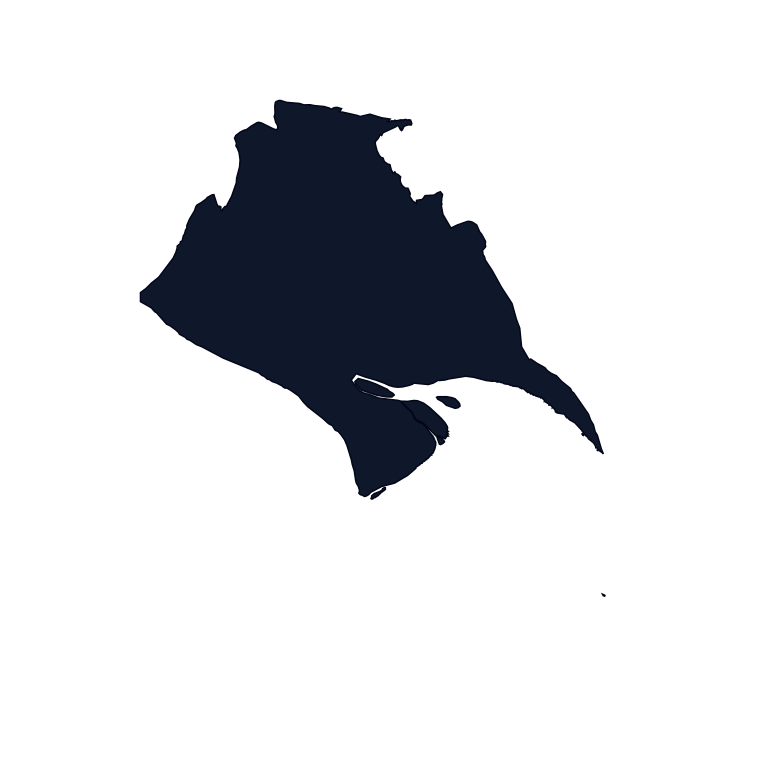 the district of Rokan Hilir, Riau, Indonesia, rotated 148°
{"feature_id": "22746128B71759944188311", "entity_name": "Rokan Hilir", "entity_type": "district", "adm_level": 2, "iso_a3": "IDN", "parent_name": "Indonesia", "parent_adm1": "Riau", "projection": "natural_earth1", "projection_center": [100.629, 2.071], "detail": "fine", "context": "isolated", "style": "filled", "palette": "ink", "viewbox_px": 768, "rotation_deg": 148, "n_neighbors": 0, "source": "geoboundaries", "source_scale": "gbopen_adm2", "svg_char_len": 6171}
<svg xmlns="http://www.w3.org/2000/svg" viewBox="0 0 768 768"><g transform="rotate(148 384 384)"><path d="M542.1,590.6L546.9,582.9L541.0,572.0L540.1,566.7L539.1,564.8L536.7,550.0L534.5,546.6L532.0,540.4L531.0,536.6L531.1,534.6L527.9,529.1L527.3,526.3L525.5,524.0L522.2,516.8L518.8,512.2L506.7,491.3L484.2,459.9L483.0,456.0L481.5,453.9L480.2,449.6L478.9,448.6L477.5,445.3L474.5,441.6L471.3,436.1L471.2,435.0L470.2,433.1L468.5,431.9L466.6,428.4L462.7,419.1L462.0,411.8L460.7,405.2L454.1,387.1L452.1,379.8L449.9,376.1L449.8,370.7L448.0,368.0L447.3,363.7L447.0,357.6L448.0,351.3L451.8,337.1L453.5,332.7L455.3,326.0L459.2,317.1L460.0,314.4L460.0,311.0L460.9,307.5L461.4,306.4L463.2,304.7L462.7,302.6L461.5,301.5L460.2,299.0L458.5,298.4L455.6,298.3L452.6,299.2L440.3,298.3L427.3,294.3L412.2,294.0L401.8,295.6L401.8,296.1L400.5,296.5L396.1,296.6L395.6,297.2L393.7,296.6L393.5,297.3L390.2,297.1L388.7,298.0L388.0,297.2L387.1,298.0L386.1,297.6L382.0,298.9L381.3,298.5L381.2,299.1L378.9,299.6L375.5,301.9L372.5,304.8L371.1,306.9L370.1,313.3L371.8,327.5L372.5,330.1L375.8,335.0L376.6,337.5L375.7,346.0L378.5,355.5L379.0,360.8L380.8,362.7L395.8,374.8L401.8,382.5L406.2,387.4L408.2,391.4L409.1,395.3L409.8,404.6L402.2,407.5L396.2,399.8L388.9,391.7L383.3,384.5L380.3,379.9L377.1,376.4L374.2,374.1L369.8,371.7L364.0,369.7L360.0,368.7L358.3,369.0L346.8,360.1L341.9,358.7L336.0,358.4L335.2,357.6L330.2,355.1L326.0,353.8L310.6,347.3L304.4,342.2L295.4,332.7L290.6,328.8L288.4,327.7L286.9,325.6L286.0,326.2L285.6,324.8L284.7,324.4L283.9,323.0L283.1,322.8L281.9,320.5L278.1,317.2L277.7,316.0L276.1,314.8L276.1,314.2L271.4,310.4L270.6,308.4L269.9,308.1L269.9,307.6L269.4,307.7L269.4,306.9L268.9,306.9L268.0,305.5L267.2,302.4L266.8,302.1L266.9,301.4L266.5,300.9L266.2,301.1L266.4,300.5L265.3,300.2L265.0,298.5L264.5,298.3L264.8,297.8L263.7,297.2L263.4,295.9L262.8,296.0L263.1,295.3L262.3,295.1L261.4,293.0L260.3,292.4L260.0,291.3L259.4,291.4L258.7,290.0L258.2,290.6L258.5,289.1L257.5,288.8L256.6,285.2L257.0,284.6L256.6,284.7L256.8,283.7L254.8,279.6L255.3,278.6L254.1,278.1L253.7,277.0L253.4,275.3L254.0,274.5L253.2,274.4L253.0,273.8L252.7,271.2L253.4,269.4L252.8,268.8L252.6,267.8L247.0,262.8L247.0,258.8L246.4,258.8L245.5,255.1L242.7,249.9L240.8,239.9L241.0,239.2L240.4,238.3L240.6,237.2L242.6,236.7L242.6,236.2L242.2,236.2L242.5,235.4L241.5,235.2L242.1,234.9L242.1,234.7L241.2,235.0L240.9,234.7L240.5,235.1L239.9,234.5L240.3,233.2L239.4,230.8L239.7,229.4L237.5,223.0L237.5,219.5L238.2,217.6L237.1,217.0L237.0,216.4L238.3,214.7L238.0,214.3L237.3,214.5L235.4,210.2L235.0,208.4L234.0,214.1L230.2,227.6L230.2,231.6L228.0,238.5L227.9,243.7L226.6,250.1L227.8,275.7L228.6,278.0L228.3,281.5L232.0,292.3L233.4,299.6L236.6,304.5L238.4,308.8L238.9,312.5L243.4,320.7L246.3,327.4L248.1,327.8L247.6,342.7L239.3,359.4L237.4,368.8L232.8,384.3L233.1,403.7L232.1,423.0L232.4,435.3L231.3,438.9L231.4,441.3L229.6,445.1L225.6,446.3L224.7,447.0L224.4,448.3L222.3,451.2L221.8,459.4L222.2,462.3L221.1,469.7L223.1,474.2L224.6,476.0L226.8,477.6L237.4,480.0L244.6,480.8L244.1,496.7L240.9,504.8L239.9,505.6L240.3,505.7L236.8,510.6L233.9,513.7L234.3,517.2L237.5,517.8L241.3,517.6L249.3,522.0L253.6,520.2L259.1,522.5L261.0,519.9L262.6,524.0L262.8,529.4L260.8,531.7L259.9,537.3L262.3,539.0L263.4,542.5L263.2,545.9L262.0,548.8L260.1,550.9L261.3,554.7L262.4,555.9L262.4,558.2L264.6,557.8L264.3,561.9L262.7,566.9L264.3,568.6L265.8,572.4L265.1,576.3L265.9,577.0L266.6,578.4L266.8,580.9L266.3,585.6L264.2,592.1L262.9,594.1L258.4,595.5L255.2,597.5L254.3,596.0L251.7,597.6L238.1,595.9L235.3,596.1L235.0,594.5L235.3,590.9L235.0,590.2L234.6,590.5L234.7,589.6L233.7,589.8L230.8,591.7L229.1,591.7L226.3,591.0L223.6,589.2L222.3,590.3L221.6,593.7L222.6,594.7L224.4,595.6L225.4,596.9L227.9,597.8L229.9,599.2L234.0,600.6L235.0,602.0L236.5,601.9L237.9,603.1L241.7,604.1L242.0,604.4L238.4,605.4L245.0,611.1L253.0,620.3L262.5,623.5L264.3,625.9L275.2,636.7L276.9,637.6L276.8,638.5L274.1,640.0L277.1,643.4L279.8,644.8L283.1,645.0L284.2,647.1L287.8,651.1L295.5,657.0L298.8,660.1L303.9,663.1L307.2,666.9L317.3,674.4L321.4,679.2L322.8,680.1L325.8,680.7L327.1,680.2L329.3,677.6L333.2,670.9L335.3,669.1L337.1,663.4L337.3,659.5L338.4,657.4L340.4,656.4L342.6,659.0L349.5,670.2L351.5,672.3L353.3,672.9L360.1,673.1L365.5,672.6L368.8,673.5L372.4,673.8L378.0,673.3L380.5,671.7L381.4,666.6L383.4,664.4L383.4,661.7L384.3,657.0L387.3,650.3L391.5,644.6L399.8,636.8L402.6,632.9L413.8,623.9L422.1,619.1L423.1,618.1L424.8,618.8L427.6,618.0L429.3,616.9L429.7,615.7L429.5,617.2L430.0,618.3L428.5,620.6L429.2,621.9L430.6,622.7L430.3,625.4L427.9,634.8L429.9,635.6L435.2,635.8L436.3,635.2L442.6,634.7L447.6,634.9L449.4,634.2L452.8,631.4L461.7,626.8L467.2,622.9L468.6,620.7L470.6,619.8L473.6,617.0L475.7,616.0L479.2,612.4L481.3,612.5L482.3,611.2L486.4,610.5L487.3,609.0L490.8,605.9L496.1,602.5L518.5,593.9L527.6,592.9L535.3,591.1L542.1,590.6ZM363.8,309.7L361.4,305.4L360.7,305.9L360.5,305.4L359.7,306.1L359.1,305.7L359.3,305.9L359.2,306.3L358.8,305.5L358.8,306.8L357.7,307.1L357.5,306.5L357.2,307.1L357.0,306.7L356.9,308.5L356.3,308.1L356.7,309.1L355.8,308.9L355.9,309.7L355.5,310.1L354.6,309.9L354.9,310.6L354.6,311.7L353.3,313.0L352.8,314.8L352.8,318.8L353.7,324.8L357.7,339.7L360.6,346.8L364.4,352.0L367.4,354.2L373.2,356.8L377.7,359.8L378.1,358.4L377.7,355.5L375.2,346.4L375.7,337.1L371.4,330.2L367.4,312.3L363.8,309.7ZM407.4,401.5L407.8,400.7L407.8,397.9L407.2,393.7L406.2,390.9L404.1,387.9L395.9,378.1L388.7,371.7L384.2,368.8L381.1,369.2L381.4,371.3L383.4,375.2L383.9,377.6L390.9,388.3L395.9,394.8L402.9,402.3L407.4,401.5ZM333.7,324.6L331.2,325.0L330.4,327.0L330.4,329.2L331.6,334.0L333.9,336.7L337.4,339.9L345.2,344.8L346.5,344.9L346.5,342.7L343.8,337.9L342.4,332.9L336.6,325.7L333.7,324.6ZM452.1,292.4L448.0,292.5L444.0,293.4L439.5,293.7L438.6,294.0L437.8,295.3L438.7,296.0L440.7,295.9L442.0,295.0L444.6,295.1L450.4,296.2L453.6,295.7L454.8,294.2L455.6,294.0L455.7,293.4L455.2,292.8L454.3,292.5L453.0,293.1L452.1,292.4ZM368.1,302.6L365.4,302.4L363.3,302.9L363.2,304.2L363.7,306.8L364.9,309.2L367.4,310.5L368.9,303.6L368.1,302.6ZM309.6,87.3L308.8,87.3L308.7,87.9L310.1,90.0L310.3,88.5L309.6,87.3Z" fill="#0f172a" stroke="#020617" stroke-width="1.5"/></g></svg>